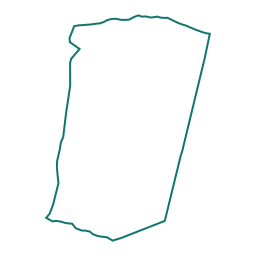 the district of São Bento do Norte, Rio Grande do Norte, Brazil
{"feature_id": "56859067B38595595329522", "entity_name": "São Bento do Norte", "entity_type": "district", "adm_level": 2, "iso_a3": "BRA", "parent_name": "Brazil", "parent_adm1": "Rio Grande do Norte", "projection": "albers", "projection_center": [-36.003, -5.149], "detail": "fine", "context": "isolated", "style": "outline", "palette": "teal", "viewbox_px": 256, "rotation_deg": 0, "n_neighbors": 0, "source": "geoboundaries", "source_scale": "gbopen_adm2", "svg_char_len": 966}
<svg xmlns="http://www.w3.org/2000/svg" viewBox="0 0 256 256"><path d="M112.7,240.6L121.1,238.0L164.8,220.9L180.9,155.0L182.0,152.0L204.8,57.8L209.8,33.8L206.0,33.2L202.9,32.3L199.2,31.0L194.4,29.2L189.4,27.1L186.0,25.6L182.3,24.5L178.5,23.1L175.1,21.5L171.9,19.9L167.5,17.8L163.6,17.9L160.1,17.5L157.2,16.6L153.9,17.2L150.6,17.5L145.7,16.4L142.4,16.7L138.2,15.4L133.7,17.2L129.0,19.7L124.8,19.9L121.6,19.9L118.4,19.3L115.3,18.7L111.1,19.1L107.0,20.2L103.8,22.0L99.8,23.4L96.6,23.6L93.3,24.1L90.2,24.5L86.1,24.8L82.5,25.1L78.3,25.4L74.1,26.2L72.7,30.2L69.5,38.1L69.9,42.2L79.6,49.0L71.1,58.9L70.2,62.6L70.1,66.4L70.2,85.6L66.0,113.7L63.2,137.1L61.2,141.5L60.4,145.2L59.9,149.0L57.1,161.0L56.9,167.5L58.4,183.5L53.1,204.6L49.7,213.6L46.2,217.8L49.6,219.7L52.5,221.4L56.1,220.8L61.6,221.8L65.7,223.1L72.2,223.7L75.8,228.3L82.0,230.6L85.3,230.6L89.9,231.6L92.9,234.2L97.1,235.8L101.7,236.7L107.0,237.3L112.7,240.6Z" fill="none" stroke="#0f766e" stroke-width="2"/></svg>